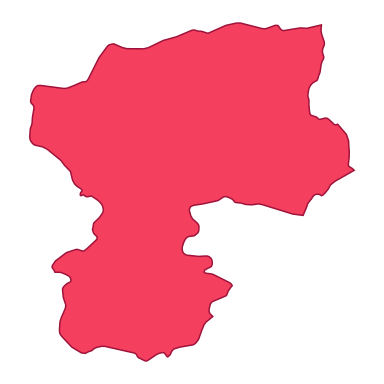 map outline of Bamyan (Equal Earth projection)
{"feature_id": "AFG-1743", "entity_name": "Bamyan", "entity_type": "Province", "adm_level": 1, "iso_a3": "AFG", "parent_name": "Afghanistan", "parent_adm1": "", "projection": "equal_earth", "projection_center": [67.218, 34.704], "detail": "fine", "context": "isolated", "style": "filled", "palette": "rose", "viewbox_px": 384, "rotation_deg": 0, "n_neighbors": 0, "source": "natural_earth", "source_scale": "10m", "svg_char_len": 4536}
<svg xmlns="http://www.w3.org/2000/svg" viewBox="0 0 384 384"><path d="M212.8,316.5L206.0,322.1L203.8,325.2L202.5,328.6L201.8,330.1L198.7,339.1L196.4,342.4L194.9,343.7L193.3,344.8L179.5,347.2L173.9,349.0L173.0,349.8L172.3,350.6L171.7,351.5L170.4,354.2L169.9,355.0L168.7,356.0L168.2,356.6L167.8,356.9L167.3,356.8L164.8,353.6L164.1,352.9L163.7,352.7L162.8,352.6L161.3,352.8L158.5,353.6L156.9,354.3L147.4,360.7L146.4,361.0L145.1,360.9L138.8,357.9L138.0,357.3L137.7,356.9L137.3,356.3L136.9,355.3L136.3,354.4L135.5,353.6L134.2,353.0L104.6,346.3L101.7,346.3L96.7,347.4L94.5,348.4L93.0,349.5L92.3,350.2L91.5,350.8L89.5,351.3L85.1,353.4L81.4,352.9L71.9,347.2L62.3,337.0L60.6,334.8L60.0,333.7L59.5,331.5L59.5,328.4L60.0,321.8L61.2,317.9L65.3,308.4L65.7,306.1L65.7,304.6L63.3,297.5L62.5,289.4L62.8,288.2L63.4,287.1L64.4,285.9L66.7,283.8L67.6,283.2L69.3,282.5L70.1,282.1L70.6,281.5L70.9,280.6L70.8,279.3L70.5,278.1L69.5,276.7L68.3,275.8L66.2,274.6L60.9,272.4L54.9,272.2L53.8,269.8L52.1,267.5L52.2,266.4L52.3,265.6L55.4,261.0L65.6,253.2L67.2,252.3L76.3,249.4L77.0,249.4L77.8,249.5L83.0,251.2L84.5,250.5L86.7,248.9L96.9,239.3L97.1,236.8L94.2,234.0L93.5,232.9L92.7,230.5L92.5,229.3L93.1,226.8L93.5,224.1L93.6,223.6L94.0,222.8L99.1,217.9L101.7,214.3L102.7,212.7L103.2,211.2L103.3,209.7L103.1,208.1L102.6,206.3L101.8,204.5L100.1,202.4L98.0,200.4L92.3,196.5L91.2,196.0L90.4,196.1L88.1,196.7L87.4,196.8L86.8,196.7L86.2,196.6L83.3,194.9L82.9,194.8L82.5,194.9L81.2,195.7L80.7,195.6L80.3,195.2L80.3,193.6L80.8,192.4L82.0,190.8L82.1,190.2L81.5,189.4L80.3,188.4L77.7,186.8L76.1,185.5L74.6,183.9L72.9,180.9L72.1,178.5L70.6,171.9L69.7,170.7L64.8,165.6L62.1,162.1L61.5,161.2L61.1,160.6L47.3,149.3L42.7,146.9L35.2,145.2L33.7,144.5L32.6,143.5L32.2,143.0L30.9,141.3L30.4,140.3L30.0,139.0L29.8,137.5L29.8,135.7L30.2,129.9L30.5,128.3L30.9,127.0L31.4,125.7L32.1,123.1L32.4,117.6L33.9,108.6L33.9,107.2L33.6,106.0L33.0,105.0L31.5,103.4L31.0,102.7L30.7,101.9L30.6,101.0L31.4,95.3L31.8,94.0L32.9,91.3L33.6,89.8L34.4,88.5L35.6,87.1L36.5,86.3L37.6,85.6L40.2,85.4L64.0,88.5L67.4,88.1L73.1,85.9L81.6,82.2L82.8,81.9L86.1,81.6L87.1,80.7L88.3,79.0L99.1,57.5L107.3,46.4L109.1,44.8L113.6,43.8L122.7,47.7L127.2,48.7L143.8,48.8L148.5,47.6L163.4,40.4L176.4,36.8L191.8,30.3L193.7,30.0L195.2,30.2L196.1,30.6L198.1,31.1L201.5,31.3L208.0,33.3L225.8,25.4L236.1,23.1L240.3,23.0L262.2,28.6L264.3,28.8L266.1,28.6L275.1,25.4L276.8,25.3L278.0,25.6L278.8,26.5L280.2,28.6L281.1,29.6L282.4,30.4L283.8,30.6L300.2,27.9L306.9,28.3L321.4,24.9L321.0,30.5L321.7,34.4L324.2,41.8L324.4,43.6L324.2,45.2L322.9,48.3L322.4,50.6L322.5,52.6L323.8,57.1L323.6,58.5L323.0,59.8L322.3,60.8L321.7,62.6L321.1,64.9L320.2,71.3L319.8,73.0L318.6,75.8L318.2,77.8L317.1,80.3L312.8,82.9L311.9,83.8L310.7,85.2L309.9,86.4L309.0,88.4L308.6,89.9L307.9,94.6L307.9,95.9L308.1,97.1L308.5,98.2L308.8,99.4L309.0,100.7L309.0,102.0L308.9,103.4L308.9,104.7L309.6,112.1L310.0,113.8L310.6,114.8L311.5,115.4L316.5,117.1L317.1,117.5L317.6,118.1L318.2,118.7L319.0,119.2L320.0,119.3L321.1,119.1L325.0,118.1L326.2,118.1L327.3,118.4L328.5,119.1L334.3,124.5L335.1,124.8L335.9,124.8L336.6,124.7L337.6,124.2L346.4,134.4L348.6,140.9L348.8,146.5L349.3,151.4L349.1,158.0L348.3,164.7L348.7,165.9L349.1,166.5L352.3,168.5L354.2,170.3L335.1,181.2L330.4,185.0L328.1,189.3L324.6,193.5L322.8,195.1L321.5,195.7L319.6,194.5L318.4,194.2L316.9,194.2L315.0,194.7L313.8,195.5L312.7,196.9L311.6,198.7L308.3,202.8L307.6,203.9L306.8,206.6L303.1,215.4L292.9,214.1L262.2,204.6L258.4,203.9L252.1,204.8L247.3,204.6L244.6,204.2L241.4,203.1L236.2,202.6L234.9,202.2L234.1,201.3L233.3,200.2L231.9,199.0L228.7,197.4L226.9,196.8L225.3,196.6L224.3,196.7L223.3,197.1L218.6,200.2L217.5,200.7L203.0,203.9L193.7,205.3L192.3,205.8L190.7,206.7L190.1,207.6L189.2,210.0L190.9,216.1L192.6,218.9L197.6,223.4L198.6,225.0L199.0,226.7L198.8,230.5L198.4,231.8L197.9,232.8L195.0,235.3L194.2,235.7L193.2,236.0L188.8,236.5L187.7,237.0L186.7,237.7L185.8,238.6L185.0,239.9L184.1,241.5L183.3,243.7L182.2,247.2L182.3,249.9L182.7,251.8L183.6,253.1L184.7,254.1L185.8,254.8L187.0,255.2L198.6,256.4L205.9,256.0L207.6,256.1L209.1,256.7L210.8,258.1L211.7,259.5L212.1,261.1L212.3,262.5L212.2,263.9L212.0,265.1L211.6,266.0L211.1,266.6L210.4,267.1L209.8,267.5L208.4,267.9L204.7,270.2L204.3,271.1L204.3,272.2L204.9,272.8L205.8,273.2L211.2,273.9L213.3,274.5L229.7,282.7L231.6,284.4L232.2,285.7L230.6,287.6L228.2,291.2L227.7,292.4L226.9,294.6L226.5,295.3L225.8,295.9L212.4,301.6L211.2,302.8L210.2,304.7L209.1,309.2L209.1,311.5L209.8,313.5L212.8,316.5Z" fill="#f43f5e" stroke="#9f1239" stroke-width="1.5"/></svg>